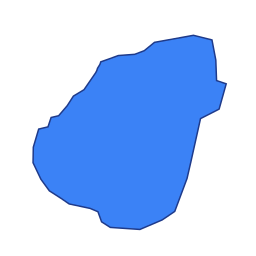 outline of Kérouané, rotated 188°
{"feature_id": "GIN-5642", "entity_name": "Kérouané", "entity_type": "Prefecture", "adm_level": 1, "iso_a3": "GIN", "parent_name": "Guinea", "parent_adm1": "", "projection": "natural_earth1", "projection_center": [-8.86, 9.325], "detail": "fine", "context": "isolated", "style": "filled", "palette": "blue", "viewbox_px": 256, "rotation_deg": 188, "n_neighbors": 0, "source": "natural_earth", "source_scale": "10m", "svg_char_len": 637}
<svg xmlns="http://www.w3.org/2000/svg" viewBox="0 0 256 256"><g transform="rotate(188 128 128)"><path d="M36.9,185.4L40.4,159.4L57.5,147.4L61.0,103.5L62.5,86.3L70.1,51.9L81.4,41.7L102.1,29.2L131.7,27.1L141.1,31.4L146.1,40.9L154.3,43.1L175.7,44.6L184.5,49.0L197.1,54.8L207.1,65.1L217.2,80.4L219.1,95.8L216.3,114.5L207.4,118.0L205.6,127.7L198.4,130.5L191.3,141.6L186.5,152.0L176.9,159.8L167.7,178.2L166.9,180.5L166.5,182.9L164.7,187.0L164.4,188.3L164.2,189.7L156.7,193.6L147.7,198.4L131.6,201.9L122.7,206.8L113.7,216.5L76.1,228.9L57.1,226.9L50.5,207.5L46.9,187.3L36.9,185.4Z" fill="#3b82f6" stroke="#1e3a8a" stroke-width="1.5"/></g></svg>